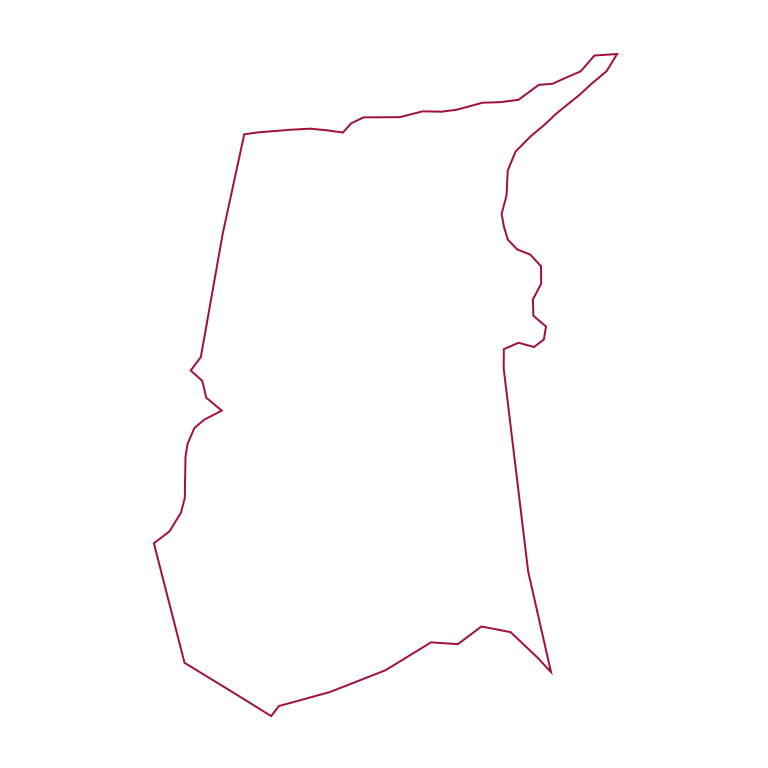 Areia de Baraúnas, Paraíba, Brazil (orthographic projection), rotated 181°
{"feature_id": "56859067B67861482735217", "entity_name": "Areia de Baraúnas", "entity_type": "district", "adm_level": 2, "iso_a3": "BRA", "parent_name": "Brazil", "parent_adm1": "Paraíba", "projection": "orthographic", "projection_center": [-36.973, -7.117], "detail": "fine", "context": "isolated", "style": "outline", "palette": "rose", "viewbox_px": 768, "rotation_deg": 181, "n_neighbors": 0, "source": "geoboundaries", "source_scale": "gbopen_adm2", "svg_char_len": 1072}
<svg xmlns="http://www.w3.org/2000/svg" viewBox="0 0 768 768"><g transform="rotate(181 384 384)"><path d="M611.3,220.8L578.6,101.8L524.7,70.1L491.1,50.0L483.4,60.2L433.0,75.0L377.6,97.8L332.5,126.5L305.6,125.2L282.4,143.2L253.1,138.1L226.4,113.7L212.0,98.9L236.6,199.1L264.6,401.6L264.8,420.9L250.2,427.6L234.7,423.6L224.9,431.4L223.0,444.3L235.8,454.8L236.6,471.2L228.6,487.0L229.1,504.5L240.1,516.0L253.1,520.8L262.7,530.5L266.7,542.9L269.4,556.0L264.8,574.6L264.0,599.5L256.6,618.6L241.4,634.5L228.6,645.5L217.4,656.5L207.3,665.1L193.4,676.6L182.5,687.1L166.8,700.8L156.7,718.0L179.3,716.1L192.9,700.0L207.8,693.3L220.9,687.1L234.5,685.8L254.5,670.5L272.8,667.8L290.2,667.0L316.5,659.4L331.2,657.3L350.1,657.3L372.8,651.1L392.0,650.6L409.0,650.3L421.3,644.1L429.5,634.7L444.7,636.6L462.3,638.0L481.5,636.6L514.3,633.4L528.1,631.2L547.9,531.3L567.6,407.8L577.5,394.1L565.7,383.9L561.5,367.2L545.8,354.6L563.1,345.2L572.7,336.9L579.3,321.0L581.2,307.9L581.2,286.4L581.2,266.5L584.7,252.0L595.9,232.9L611.3,220.8Z" fill="none" stroke="#9f1239" stroke-width="2"/></g></svg>